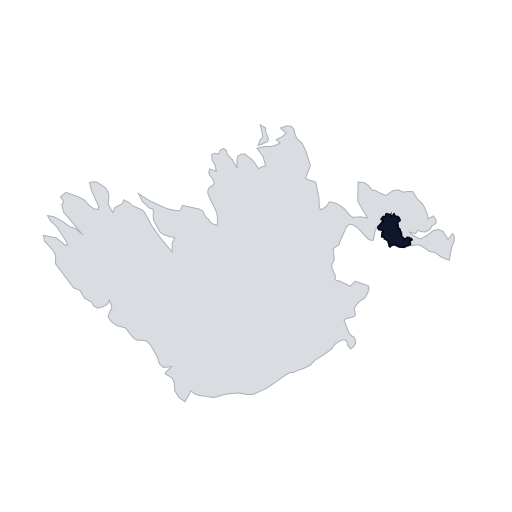 Lifford-Stranorlar Lea-6, Donegal, Ireland shown in context, rotated 69°
{"feature_id": "5873133B69749427395931", "entity_name": "Lifford-Stranorlar Lea-6", "entity_type": "district", "adm_level": 2, "iso_a3": "IRL", "parent_name": "Ireland", "parent_adm1": "Donegal", "projection": "mercator", "projection_center": [-7.813, 54.836], "detail": "fine", "context": "in_parent", "style": "filled", "palette": "ink", "viewbox_px": 512, "rotation_deg": 69, "n_neighbors": 0, "source": "geoboundaries", "source_scale": "gbopen_adm2", "svg_char_len": 8467}
<svg xmlns="http://www.w3.org/2000/svg" viewBox="0 0 512 512"><g transform="rotate(69 256 256)"><path d="M314.2,92.1L304.9,98.7L303.5,101.2L300.8,111.3L300.5,114.1L294.7,125.3L291.4,127.5L286.5,129.3L283.7,131.1L280.2,130.2L275.7,130.4L273.5,132.4L273.6,133.9L275.0,135.6L283.2,140.7L282.7,142.9L280.4,145.3L265.7,151.2L261.3,154.8L259.8,157.2L261.3,161.2L273.1,173.0L275.1,174.3L276.8,181.2L287.2,184.1L291.4,188.4L295.0,189.4L303.0,189.0L306.2,190.6L308.0,189.4L309.0,187.2L317.9,178.8L315.1,172.5L324.1,161.8L326.6,161.9L330.8,165.2L334.3,169.7L335.4,175.8L338.6,181.3L340.8,183.2L346.5,184.3L347.8,186.4L346.8,194.3L347.6,196.9L362.2,196.7L368.0,193.3L373.0,193.9L375.5,197.4L376.6,201.1L372.3,202.4L367.7,201.7L365.5,204.1L365.4,208.6L366.9,214.5L369.9,218.7L372.4,228.1L374.4,238.5L377.5,244.8L378.1,252.6L377.7,256.4L378.2,263.2L376.9,265.7L377.9,272.1L383.2,292.7L384.2,308.7L381.6,314.7L378.1,320.4L375.9,327.1L374.1,334.3L373.1,346.0L365.5,359.6L362.3,363.0L358.6,365.0L366.7,374.5L360.1,378.8L352.8,380.1L344.8,377.7L339.8,378.0L333.5,382.9L332.1,382.0L329.1,374.3L326.9,382.3L322.2,384.8L314.3,384.3L301.1,386.4L296.1,388.7L293.9,392.3L292.4,396.4L290.3,398.8L288.0,400.1L277.8,403.1L275.8,404.3L271.1,410.9L264.9,414.8L259.7,415.9L255.2,412.1L253.3,409.7L251.2,408.6L244.2,408.8L246.4,409.9L247.9,412.7L248.5,417.9L247.8,423.0L244.3,425.5L240.2,426.0L233.7,431.3L225.1,432.7L220.5,437.6L192.1,445.8L190.5,445.9L186.5,443.8L182.3,442.9L178.1,443.5L166.2,448.1L160.4,447.2L167.7,435.8L177.6,430.1L178.6,428.5L175.4,427.7L156.7,431.7L150.1,435.1L143.6,436.1L146.6,430.9L155.1,423.8L162.3,419.1L165.4,414.9L174.3,410.1L145.8,420.0L138.3,418.8L136.5,416.0L130.7,417.3L128.5,410.7L137.1,400.6L142.2,396.2L148.1,393.9L153.9,390.5L156.0,386.4L153.3,385.1L136.1,386.1L127.8,385.2L128.2,382.0L129.8,378.3L138.3,372.1L143.0,371.1L147.1,371.7L154.4,375.4L164.1,374.2L160.1,370.2L159.4,362.1L156.2,359.4L160.2,355.7L164.8,353.4L172.3,345.6L175.0,344.4L190.0,342.5L206.2,338.4L222.2,332.8L214.0,329.6L210.1,325.4L203.7,333.9L199.2,337.1L186.3,338.8L182.3,337.9L176.5,335.3L174.7,336.3L173.1,338.3L164.6,342.4L155.6,343.4L166.0,335.8L179.2,322.9L182.2,318.8L186.4,311.7L185.1,308.5L182.3,306.7L191.9,292.1L195.3,289.4L201.4,289.0L205.9,286.6L207.9,286.6L209.7,285.7L213.6,281.3L207.5,278.5L201.3,277.1L181.8,278.6L179.3,278.3L176.9,276.9L175.3,274.9L174.1,269.9L172.7,268.8L168.3,268.8L164.0,270.3L161.0,270.2L158.0,268.0L162.8,262.8L156.7,261.6L150.5,262.6L145.4,261.1L145.2,257.9L147.5,254.6L144.5,251.6L143.9,247.7L147.1,245.8L150.6,246.4L157.9,243.5L167.1,242.1L159.2,239.3L156.0,236.9L155.9,233.2L156.5,230.0L165.7,224.6L175.5,222.2L174.8,218.6L175.5,214.8L165.6,213.7L155.8,216.4L156.8,209.0L159.2,202.4L159.6,197.9L159.2,193.2L154.6,195.3L154.0,188.6L152.1,184.0L145.3,187.2L145.5,181.1L147.4,176.9L151.0,175.1L154.5,175.9L161.0,175.8L167.4,172.6L176.5,171.8L191.0,172.8L200.9,181.8L203.5,180.2L207.5,174.5L209.4,173.9L224.4,176.4L233.7,179.6L236.2,178.6L234.9,172.3L231.6,168.0L235.7,162.2L240.6,158.4L243.9,156.4L251.4,154.0L254.7,151.7L256.9,144.4L260.4,138.2L241.4,141.4L223.4,134.1L226.2,128.9L230.1,126.0L236.6,123.7L237.3,121.0L240.6,118.8L246.1,112.9L244.1,105.1L245.2,99.5L249.1,95.8L250.4,90.5L252.1,86.5L260.2,85.1L267.9,81.5L279.8,81.0L282.9,82.5L282.2,76.0L287.8,75.2L290.0,76.5L291.0,81.1L293.5,84.0L294.3,89.0L292.6,92.9L289.8,95.9L292.4,99.0L288.3,104.5L292.7,102.2L298.9,96.7L298.6,92.3L297.5,86.7L295.8,81.7L296.6,76.1L300.1,72.6L309.3,70.8L305.5,64.5L308.9,63.9L312.5,65.2L317.9,70.2L329.3,77.1L323.7,83.3L316.9,87.5L314.2,92.1ZM153.8,211.5L153.5,214.3L149.2,210.7L147.1,206.8L135.1,205.0L140.1,201.1L142.5,202.3L150.9,202.4L153.3,204.1L153.8,211.5Z" fill="#d9dde1" stroke="#a8b0b8" stroke-width="1"/><path d="M293.6,106.3L293.4,106.8L293.4,107.2L293.2,107.4L292.9,107.5L292.7,107.9L292.8,108.1L292.8,108.5L293.2,109.0L293.3,109.4L293.4,109.7L293.3,110.8L293.4,111.1L293.8,111.2L293.9,111.4L293.9,111.5L294.0,111.7L294.0,112.0L293.8,112.2L293.6,112.0L293.2,111.9L293.1,112.0L292.8,112.0L291.9,111.8L291.5,111.9L291.1,112.3L290.6,112.6L290.3,112.6L289.9,112.6L289.7,112.8L289.4,112.7L289.1,113.0L288.9,113.0L288.6,113.4L288.1,113.3L288.0,112.6L287.9,112.4L287.8,112.5L287.6,112.5L287.1,112.1L286.9,112.3L286.4,112.5L286.1,112.2L285.8,112.6L285.3,112.7L285.3,112.4L285.3,112.1L284.5,112.7L284.3,112.6L284.2,112.5L283.6,112.0L282.9,111.9L282.6,112.0L282.4,112.3L282.3,112.1L282.1,112.2L281.9,112.3L281.9,112.5L281.7,112.6L281.0,112.7L280.8,112.9L280.6,112.8L280.0,112.9L279.6,112.7L279.2,113.0L278.9,113.3L278.3,113.4L278.1,113.1L277.9,113.2L277.9,112.9L278.0,112.8L277.9,112.7L278.0,112.5L278.1,112.4L277.6,112.3L277.4,112.1L277.1,112.2L276.9,112.2L276.7,112.0L276.4,112.0L276.3,111.9L275.9,111.7L275.6,111.6L275.3,111.7L275.3,111.2L275.1,111.0L274.8,110.4L274.8,110.1L274.9,109.9L274.8,109.6L274.7,109.5L274.8,109.4L274.5,109.5L274.4,109.3L274.4,108.9L274.3,108.7L274.4,108.3L274.6,108.2L274.1,108.4L274.2,108.5L273.9,108.6L273.7,108.8L273.6,108.7L273.2,108.8L273.2,108.7L272.9,108.7L272.5,108.6L272.3,108.5L271.8,108.7L271.3,108.7L271.3,108.8L271.1,108.8L270.7,109.2L270.5,109.3L270.1,109.4L269.9,109.5L269.7,109.8L269.6,110.2L269.6,110.5L269.4,110.5L269.1,111.0L269.1,111.3L268.9,111.5L268.5,111.7L268.3,111.7L267.1,112.0L266.2,111.8L266.2,112.0L266.1,112.3L266.3,112.4L266.5,112.4L266.6,112.6L266.8,112.6L266.8,112.8L267.1,113.1L267.1,113.5L266.9,113.7L266.9,114.0L266.9,114.3L267.0,114.4L266.9,114.4L266.9,114.5L267.0,114.5L267.8,115.3L267.8,115.6L266.8,116.0L266.2,115.7L266.0,115.8L266.0,115.7L265.9,115.8L265.7,115.7L265.4,115.5L265.5,115.7L265.4,115.8L265.3,116.0L265.2,116.2L265.1,116.4L265.1,116.5L265.0,116.8L264.8,117.1L264.6,117.2L264.6,117.3L264.4,117.4L264.3,117.5L264.2,117.9L264.0,118.1L263.8,118.1L263.6,118.4L263.6,118.5L263.2,119.0L263.3,119.2L263.3,119.4L263.6,119.6L263.7,120.0L264.0,120.2L264.1,120.3L264.3,120.4L264.8,120.6L265.0,120.7L265.3,120.8L265.3,121.2L265.4,121.7L265.3,121.8L265.2,122.3L265.0,122.5L264.9,122.6L264.7,122.8L264.8,123.0L265.0,123.4L264.9,123.8L265.1,124.0L265.2,124.4L265.5,124.6L265.6,124.8L265.8,124.9L265.9,125.3L266.4,125.3L266.5,125.8L266.7,126.1L267.1,125.6L267.6,125.2L267.8,125.0L268.1,124.9L268.1,124.7L268.3,124.4L268.7,124.7L269.3,124.9L269.3,125.0L268.8,125.4L268.9,125.5L269.1,125.8L269.5,125.8L269.4,126.0L269.7,126.3L269.8,126.7L270.6,128.0L270.7,128.3L270.9,128.2L271.0,128.2L271.0,128.3L271.8,128.9L271.9,129.1L271.6,129.5L271.4,129.7L271.7,130.0L271.9,130.6L272.1,130.8L272.1,131.2L272.3,131.8L272.7,131.8L273.0,131.8L273.5,132.1L273.7,131.9L273.8,131.9L273.9,132.0L274.1,131.9L274.4,132.1L274.5,132.0L274.5,131.9L275.1,131.8L275.4,131.9L276.8,129.5L277.0,129.3L277.2,129.2L277.3,129.0L277.7,128.8L277.7,128.6L277.8,128.6L278.3,128.6L278.6,128.5L279.0,128.8L279.1,129.0L279.2,129.3L279.3,129.5L279.6,129.9L279.6,130.2L279.8,130.3L279.9,130.2L280.0,130.3L280.3,130.2L280.5,130.2L280.8,130.4L281.1,130.4L281.3,130.6L281.3,130.8L281.3,131.0L281.6,131.3L281.8,131.3L282.2,131.4L282.4,131.5L282.7,131.4L282.6,131.6L283.0,131.8L283.2,131.7L283.3,131.7L283.4,131.2L283.6,130.9L283.8,130.7L284.3,130.3L285.2,129.5L285.8,129.6L286.1,129.8L286.1,129.6L286.6,129.1L287.2,129.0L287.3,128.8L287.6,128.5L289.6,127.0L290.6,127.6L290.7,127.8L291.1,127.7L291.4,127.7L291.7,127.5L292.5,127.7L292.4,127.6L292.6,127.1L293.1,127.1L293.0,127.8L293.6,127.7L293.9,127.7L294.0,127.6L294.3,127.6L294.5,127.7L294.6,127.9L294.8,128.1L295.1,127.9L295.1,127.7L295.4,127.4L295.6,127.4L295.4,127.0L294.9,126.6L294.8,126.3L294.9,125.9L294.9,125.5L294.9,125.4L294.9,125.2L294.8,124.8L294.9,124.6L295.0,124.3L295.0,124.2L295.0,123.9L295.0,123.6L295.0,123.4L295.0,123.2L294.9,123.2L295.0,122.7L295.2,122.4L295.2,122.1L295.4,121.9L295.6,121.8L296.0,121.7L295.9,121.5L296.0,121.2L296.6,121.2L297.6,120.2L298.0,120.1L298.6,119.6L298.7,119.2L298.8,118.8L299.4,118.5L299.4,118.3L299.4,118.0L300.0,116.9L299.9,116.6L300.2,116.5L300.2,116.1L300.3,115.9L300.6,115.5L300.9,114.9L301.0,114.7L301.1,114.3L301.1,113.9L301.0,113.7L300.9,113.3L300.5,112.5L300.4,111.9L300.5,111.5L300.9,110.7L300.7,109.7L300.7,108.7L300.7,108.3L300.9,108.0L300.7,107.7L300.2,107.4L300.0,107.5L299.9,107.4L299.3,107.4L298.8,107.2L298.6,107.0L297.7,107.2L297.3,107.4L297.3,107.5L296.7,107.1L296.2,106.7L296.9,106.0L296.9,105.6L297.1,105.2L296.9,104.6L296.7,104.4L296.0,104.7L295.6,104.6L295.3,104.7L295.3,105.0L295.2,105.1L295.0,105.5L294.6,105.7L294.6,105.9L294.5,106.0L293.6,106.3Z" fill="#0f172a" stroke="#020617" stroke-width="1.5"/></g></svg>